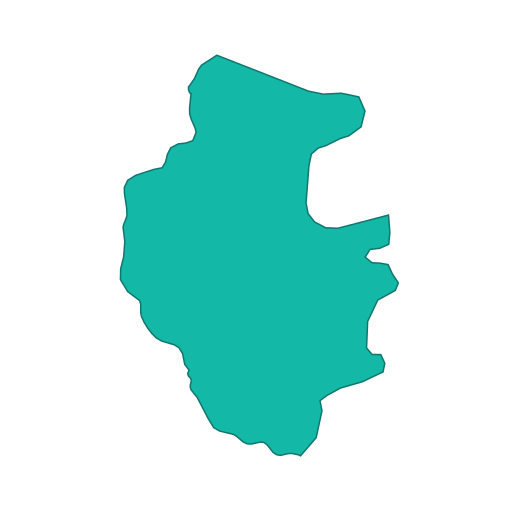 Vidin, Robinson projection, rotated 350°
{"feature_id": "BGR-2253", "entity_name": "Vidin", "entity_type": "Province", "adm_level": 1, "iso_a3": "BGR", "parent_name": "Bulgaria", "parent_adm1": "", "projection": "robinson", "projection_center": [22.659, 43.807], "detail": "fine", "context": "isolated", "style": "filled", "palette": "teal", "viewbox_px": 512, "rotation_deg": 350, "n_neighbors": 0, "source": "natural_earth", "source_scale": "10m", "svg_char_len": 1732}
<svg xmlns="http://www.w3.org/2000/svg" viewBox="0 0 512 512"><g transform="rotate(350 256 256)"><path d="M206.8,132.6L213.8,131.4L218.4,123.9L218.3,119.6L215.8,109.3L215.4,104.6L216.2,99.1L220.2,84.8L219.6,84.7L218.9,83.2L218.4,80.6L218.9,77.7L219.9,77.0L226.2,70.5L232.2,61.8L235.6,58.5L252.3,51.5L336.2,102.7L350.4,108.3L368.2,110.5L376.1,113.6L384.9,117.2L388.5,132.2L381.9,147.1L368.2,153.8L359.7,154.9L344.1,159.4L336.1,160.5L328.3,165.1L323.9,176.0L314.5,212.4L314.7,223.4L319.6,232.6L329.5,240.3L341.5,242.9L393.6,238.7L391.9,256.1L388.8,267.5L379.1,269.9L369.5,269.3L363.3,276.1L369.1,282.8L377.0,284.6L384.6,287.4L387.2,297.3L391.5,307.3L387.2,314.1L368.3,320.5L354.6,339.8L348.9,365.8L353.2,373.1L361.8,374.8L364.2,384.0L361.0,392.2L338.9,398.3L316.3,400.7L301.8,405.6L293.9,409.6L294.1,419.9L283.7,445.4L265.2,460.5L263.3,459.2L256.8,456.6L253.0,456.2L245.5,456.6L241.8,455.3L239.5,453.1L238.6,452.2L234.2,443.9L231.3,440.9L227.6,440.0L219.1,440.4L215.0,439.6L211.2,437.0L205.7,430.4L203.0,427.8L190.0,422.2L184.6,417.7L180.9,408.4L173.6,385.3L168.8,376.4L168.5,374.0L168.9,371.6L170.0,369.2L170.5,367.9L170.6,366.7L170.5,365.5L170.0,364.3L168.7,362.7L168.3,360.9L168.7,359.1L170.0,357.3L170.1,357.1L170.2,356.9L170.1,356.6L170.0,356.3L167.0,350.3L166.7,339.2L164.1,332.8L160.0,329.2L148.5,323.5L143.6,319.4L140.0,314.3L136.9,308.4L134.4,302.0L132.7,295.7L132.6,291.7L134.1,283.5L133.7,279.8L123.5,268.8L118.4,255.7L120.5,245.1L125.5,233.9L129.3,219.0L130.1,204.4L131.2,202.0L135.1,195.5L136.1,193.3L137.0,185.7L137.3,171.7L138.2,165.6L142.9,159.1L151.7,155.6L164.1,153.9L170.2,153.0L178.9,152.8L183.3,147.7L186.3,140.7L190.8,134.7L198.8,132.1L206.8,132.6Z" fill="#14b8a6" stroke="#0f766e" stroke-width="1.5"/></g></svg>